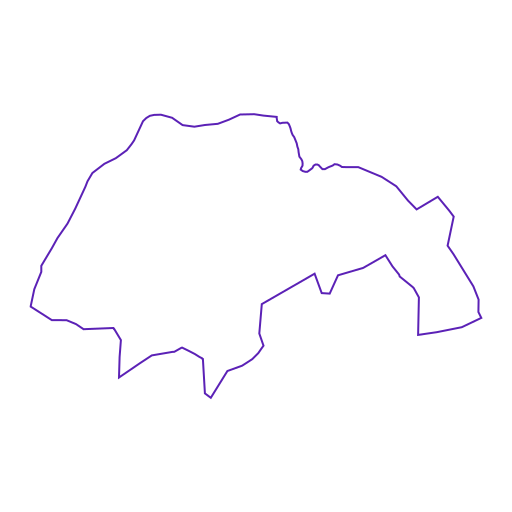 outline of Kura, Kano, Nigeria
{"feature_id": "59680162B62375507242594", "entity_name": "Kura", "entity_type": "district", "adm_level": 2, "iso_a3": "NGA", "parent_name": "Nigeria", "parent_adm1": "Kano", "projection": "robinson", "projection_center": [8.5, 11.781], "detail": "fine", "context": "isolated", "style": "outline", "palette": "violet", "viewbox_px": 512, "rotation_deg": 0, "n_neighbors": 0, "source": "geoboundaries", "source_scale": "gbopen_adm2", "svg_char_len": 1946}
<svg xmlns="http://www.w3.org/2000/svg" viewBox="0 0 512 512"><path d="M204.9,393.4L210.8,397.8L227.4,371.0L242.1,365.7L246.8,362.7L252.3,359.1L258.3,353.1L261.4,348.6L263.5,345.7L259.3,333.5L261.8,304.1L314.6,273.7L321.7,293.1L329.7,293.6L338.0,275.3L363.2,267.9L385.4,255.2L392.5,266.4L399.1,274.6L399.7,276.5L412.9,287.2L413.1,287.5L413.7,288.0L418.9,297.4L418.1,334.9L436.7,332.2L461.8,327.2L481.3,317.9L478.4,312.0L478.6,299.6L473.4,286.4L453.5,254.2L447.6,245.7L453.7,216.6L449.1,210.5L437.8,196.8L416.6,209.4L408.0,200.6L396.3,186.3L381.7,176.9L358.2,167.1L345.3,167.1L341.9,167.0L340.1,165.7L337.4,164.5L334.5,164.2L332.9,165.4L331.6,166.0L330.2,166.5L328.3,167.3L326.8,168.1L325.0,169.1L322.4,169.1L319.5,166.1L318.9,165.3L317.3,164.5L315.5,164.5L313.6,165.7L312.6,167.7L312.0,168.4L308.9,170.7L307.3,171.8L305.3,171.8L302.6,171.0L302.0,170.5L300.7,169.6L301.1,168.1L301.8,166.9L302.5,165.7L302.6,163.4L302.3,161.2L301.4,159.3L300.2,157.7L299.4,156.7L298.6,152.2L298.3,149.3L297.4,146.7L296.7,143.3L295.3,139.8L294.2,137.1L292.6,134.9L291.7,132.7L291.1,130.8L290.5,128.3L289.8,126.4L289.3,125.2L288.9,124.2L287.4,122.6L285.0,122.7L282.4,122.8L280.1,123.4L278.5,122.4L277.2,121.2L276.7,118.1L276.7,116.9L263.5,115.6L254.2,114.2L240.1,114.5L228.9,119.7L217.6,123.9L216.9,123.9L204.9,125.0L194.4,126.7L182.6,125.1L173.0,118.4L172.2,117.8L160.9,114.7L154.2,114.9L149.9,115.8L146.3,118.0L143.0,121.2L134.1,140.4L131.5,144.2L126.8,150.2L115.8,158.2L104.4,163.8L92.4,173.0L87.5,181.3L85.4,186.7L75.2,208.7L67.5,223.6L57.5,238.0L51.9,248.1L41.3,265.8L41.3,271.9L34.3,289.2L30.7,306.2L30.7,306.6L51.8,320.1L66.6,320.2L76.0,324.1L83.3,329.0L83.5,329.2L113.3,328.0L113.9,328.9L114.1,328.8L120.9,340.1L119.6,357.0L119.0,377.5L140.1,363.1L151.8,355.4L172.4,351.9L174.3,351.8L181.4,347.8L182.1,347.6L188.8,350.9L194.8,354.0L199.4,356.9L202.1,358.3L202.2,358.7L202.9,359.0L204.9,393.2L204.9,393.4Z" fill="none" stroke="#5b21b6" stroke-width="2"/></svg>